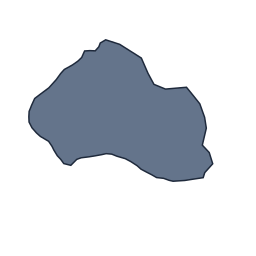 outline of Asomatos Keryneias, Cyprus, rotated 222°
{"feature_id": "46923920B22292626900654", "entity_name": "Asomatos Keryneias", "entity_type": "district", "adm_level": 2, "iso_a3": "CYP", "parent_name": "Cyprus", "parent_adm1": "", "projection": "natural_earth1", "projection_center": [33.086, 35.27], "detail": "fine", "context": "isolated", "style": "filled", "palette": "slate", "viewbox_px": 256, "rotation_deg": 222, "n_neighbors": 0, "source": "geoboundaries", "source_scale": "gbopen_adm2", "svg_char_len": 931}
<svg xmlns="http://www.w3.org/2000/svg" viewBox="0 0 256 256"><g transform="rotate(222 128 128)"><path d="M111.8,197.4L126.2,182.0L137.9,177.8L149.7,182.0L164.9,188.9L190.2,184.6L203.6,178.6L205.5,172.6L204.0,168.8L204.0,163.4L208.1,160.0L211.8,156.2L209.6,149.4L210.0,144.1L211.5,137.6L214.5,128.9L214.5,123.5L213.7,116.0L213.7,104.9L215.6,95.4L217.1,87.5L214.8,80.2L213.7,77.3L212.6,74.2L209.2,70.0L205.5,66.2L199.5,63.9L192.7,63.1L187.5,63.1L178.1,65.0L172.1,63.5L168.4,62.0L162.0,60.1L157.1,59.7L151.9,58.6L145.5,62.0L145.1,70.4L142.9,74.5L137.6,80.6L133.9,85.2L129.8,90.5L127.1,94.3L122.6,97.7L117.4,99.6L109.5,103.4L103.5,104.9L96.0,106.1L90.8,106.1L84.8,107.6L79.2,109.1L73.6,110.3L67.9,114.4L62.3,116.7L58.9,118.6L54.8,122.8L50.7,127.0L45.5,133.4L38.9,141.4L41.1,146.2L41.1,158.1L51.2,164.1L61.3,165.0L69.7,180.3L78.2,187.2L90.8,194.0L100.9,195.7L111.8,197.4Z" fill="#64748b" stroke="#1e293b" stroke-width="1.5"/></g></svg>